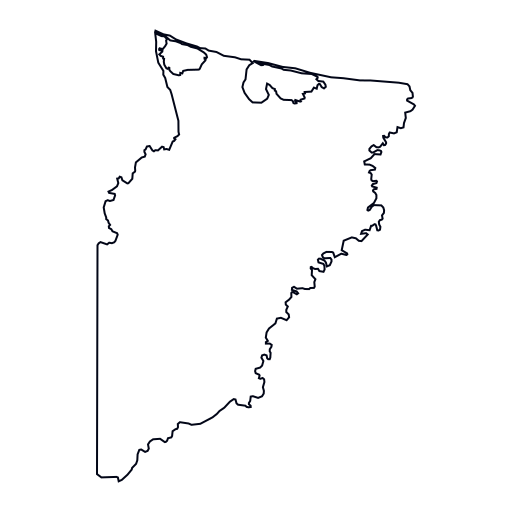 the district of Brus Laguna, Gracias a Dios, Honduras
{"feature_id": "27666195B63914214220022", "entity_name": "Brus Laguna", "entity_type": "district", "adm_level": 2, "iso_a3": "HND", "parent_name": "Honduras", "parent_adm1": "Gracias a Dios", "projection": "albers", "projection_center": [-84.625, 15.441], "detail": "fine", "context": "isolated", "style": "outline", "palette": "ink", "viewbox_px": 512, "rotation_deg": 0, "n_neighbors": 0, "source": "geoboundaries", "source_scale": "gbopen_adm2", "svg_char_len": 5976}
<svg xmlns="http://www.w3.org/2000/svg" viewBox="0 0 512 512"><path d="M97.5,245.2L97.0,474.1L101.4,477.4L116.5,476.9L117.9,477.5L118.7,481.3L121.8,479.9L127.5,474.7L131.7,469.6L132.1,467.9L136.1,463.8L137.3,460.3L137.6,454.3L139.3,449.9L141.2,449.5L145.1,451.9L147.6,450.9L148.8,448.6L148.0,444.4L149.9,441.5L153.1,439.3L160.1,438.8L164.8,442.1L165.8,441.9L167.1,440.7L168.0,438.2L171.3,437.4L172.1,436.0L172.6,431.2L175.5,429.2L177.2,428.8L178.0,427.1L177.8,424.0L179.9,422.2L188.6,423.5L191.5,424.8L200.3,423.8L212.6,417.3L217.0,413.8L219.5,411.0L224.3,407.7L229.9,401.7L233.7,399.1L235.5,399.5L236.5,403.3L238.0,404.7L245.4,405.7L246.6,406.9L248.5,407.3L250.7,407.0L250.6,405.7L248.9,404.2L248.9,403.0L250.2,400.9L250.7,396.6L252.9,396.2L258.1,397.9L262.0,396.3L263.7,393.6L263.9,390.9L262.9,387.2L264.4,382.0L264.1,379.3L262.6,378.0L260.3,378.8L258.9,378.2L259.6,375.5L259.2,374.7L255.7,373.2L255.1,371.1L255.7,368.8L260.1,367.6L262.1,365.6L263.4,361.0L261.4,357.7L262.1,355.4L264.3,354.6L266.6,355.4L267.2,358.3L268.2,359.2L269.7,359.2L270.3,357.6L270.6,352.8L269.7,351.3L269.8,349.2L271.4,346.8L271.7,344.9L269.8,343.6L265.9,343.6L265.9,342.1L267.8,340.9L265.8,337.6L266.6,332.4L269.0,328.5L275.4,323.4L276.9,318.6L280.9,317.8L286.6,320.2L289.1,317.3L288.7,314.4L286.3,312.1L286.3,309.8L287.8,306.5L285.8,304.6L285.6,302.3L289.1,299.6L291.4,297.0L291.3,293.0L291.9,292.2L293.1,292.2L296.8,294.3L298.1,293.3L296.6,291.4L291.9,289.9L292.1,287.8L294.0,286.8L296.9,288.7L302.5,288.2L304.9,289.0L309.1,289.1L310.3,288.0L314.0,287.9L314.7,286.6L314.3,282.1L315.4,279.2L311.7,275.2L312.0,270.0L310.7,268.5L310.8,267.1L311.6,266.9L312.8,268.1L315.1,269.0L318.0,268.8L319.4,271.1L323.5,271.8L324.6,269.5L324.4,265.8L323.4,263.9L318.5,262.4L317.9,259.7L318.9,258.7L320.4,258.7L324.5,260.6L325.9,262.5L326.9,266.4L329.8,265.2L331.5,261.5L331.5,259.6L330.3,258.0L324.3,258.3L322.8,257.2L322.0,255.0L323.3,253.5L326.4,251.9L332.0,252.0L333.2,252.6L334.8,257.2L341.3,253.7L346.4,255.0L347.3,254.4L347.1,253.4L341.7,250.2L343.7,240.7L351.8,237.4L355.9,238.3L358.8,240.8L361.5,241.1L367.7,234.5L366.1,233.2L361.1,233.8L362.0,231.1L365.1,229.7L369.6,230.2L371.1,225.8L372.2,225.8L374.5,224.2L375.5,224.4L376.1,225.7L377.3,230.3L378.5,230.5L380.0,229.7L380.4,226.8L379.2,224.5L378.8,221.8L379.9,220.1L381.7,219.7L382.6,218.7L382.0,215.4L383.9,212.9L384.1,210.2L383.3,207.5L381.3,205.4L374.0,205.1L371.8,206.7L369.7,210.0L368.2,210.6L367.4,210.0L368.0,207.5L373.9,203.0L376.4,198.3L376.4,195.0L375.2,192.9L373.2,191.4L373.0,190.4L373.8,189.3L376.5,188.9L376.7,187.7L372.2,186.4L371.8,185.6L372.8,184.1L376.4,183.1L377.0,181.5L376.4,180.8L372.9,181.2L371.6,180.4L371.2,179.1L371.7,174.6L370.7,173.1L369.0,172.5L369.7,170.8L370.7,170.2L374.9,169.6L375.3,168.0L372.6,165.9L369.5,164.6L364.8,164.5L364.2,161.4L370.8,158.2L374.5,154.1L380.5,154.5L381.4,152.0L381.0,151.0L379.7,150.4L377.4,150.1L373.3,152.4L371.7,152.6L369.4,150.5L369.4,148.9L371.5,146.4L373.7,145.1L376.4,147.2L378.5,147.4L380.1,146.8L382.8,143.3L383.9,145.2L385.1,145.0L386.1,143.5L386.1,142.3L383.3,137.7L383.1,136.0L384.1,135.8L385.5,137.3L387.4,137.5L388.8,136.3L388.9,134.0L389.7,132.5L394.0,133.4L396.7,132.3L397.5,127.1L400.8,128.2L403.5,127.4L404.0,123.0L405.8,118.0L405.2,112.6L410.4,111.2L412.5,109.7L415.0,105.8L413.9,104.4L407.1,100.6L407.1,99.4L408.0,98.5L411.3,98.1L412.5,97.5L412.9,96.5L412.5,92.9L410.3,90.2L409.5,86.4L407.5,84.2L398.7,82.7L370.9,80.5L359.9,80.4L343.3,78.2L331.1,77.3L310.1,72.8L295.3,68.3L282.5,66.9L268.4,63.1L254.3,60.9L253.9,61.3L261.1,65.2L262.2,65.1L260.5,63.4L269.4,65.0L272.1,66.5L281.5,68.5L283.7,69.8L290.7,70.5L301.7,73.3L311.7,74.0L317.5,76.8L317.7,77.8L316.4,79.2L318.3,81.0L323.3,81.6L325.4,84.7L325.8,86.8L324.0,88.4L321.7,87.1L319.9,84.1L319.0,83.8L317.5,85.2L316.7,88.7L313.9,87.6L311.4,91.6L304.7,92.0L305.0,93.4L302.9,93.9L304.7,97.5L304.5,98.5L300.6,99.7L300.3,100.7L300.8,101.4L300.2,101.6L295.3,100.0L295.0,100.9L296.6,102.4L296.6,103.2L294.6,103.5L293.5,103.1L292.7,101.0L291.5,100.1L283.6,99.8L280.6,98.4L276.5,93.8L276.1,91.3L274.8,90.6L274.9,89.1L272.4,88.1L269.7,85.0L267.1,83.6L266.0,89.1L268.8,94.9L267.2,98.7L261.4,102.7L252.6,102.4L249.1,99.2L244.6,92.9L242.4,87.1L243.5,82.4L245.5,79.4L246.6,69.4L249.3,65.2L252.7,63.1L249.5,59.7L241.1,59.3L235.0,57.3L223.8,55.8L216.5,52.0L208.7,50.6L205.4,48.5L200.0,48.1L197.0,46.5L186.5,43.4L175.9,39.4L169.9,35.6L163.4,34.3L155.5,30.7L155.2,32.1L165.3,36.2L170.2,40.4L175.8,41.3L180.9,43.2L182.0,44.1L187.6,45.1L190.8,46.8L197.4,48.5L203.8,52.4L206.2,54.6L207.0,57.2L206.4,58.0L204.5,57.8L204.5,58.8L205.6,59.6L205.4,60.4L201.8,64.3L199.7,68.9L198.8,69.6L187.6,69.9L183.2,70.9L182.3,73.4L180.3,72.9L180.2,75.0L178.8,75.3L173.3,74.0L170.3,71.2L169.4,69.9L169.3,67.8L168.7,67.6L167.6,68.8L166.4,68.3L164.3,64.7L163.8,61.7L164.1,58.8L163.1,58.5L163.1,56.7L160.7,55.9L159.3,54.4L162.3,51.6L162.4,50.7L159.3,50.1L159.1,49.1L159.6,48.3L162.7,49.1L165.1,46.2L166.6,43.6L166.1,40.6L167.0,39.1L164.4,36.3L161.5,36.1L155.2,33.2L156.2,41.9L156.0,51.3L158.3,62.7L163.4,70.9L163.3,74.7L165.2,78.0L167.4,87.0L170.2,89.9L171.6,94.2L178.4,120.8L178.5,131.8L179.1,134.5L177.5,136.1L174.2,137.8L174.2,138.6L175.4,139.3L174.2,140.9L172.7,141.5L169.2,149.8L166.5,149.0L164.2,149.4L163.6,147.1L162.0,146.7L158.0,150.4L155.3,150.2L153.9,151.3L152.4,150.4L149.6,146.0L146.9,146.5L145.6,149.4L144.4,150.2L144.4,151.9L145.6,154.3L144.8,156.6L141.7,157.5L135.9,162.4L135.0,167.4L135.2,170.7L135.0,171.6L132.7,173.4L132.3,178.8L128.4,183.2L127.3,183.4L122.4,180.3L121.4,177.3L119.7,176.7L118.7,178.4L117.2,178.6L118.3,183.1L117.0,186.3L112.0,190.0L108.5,191.6L109.1,192.9L114.7,193.9L115.1,195.4L113.5,200.0L109.9,201.0L107.7,200.2L105.6,201.2L103.7,207.4L104.7,213.4L106.2,217.4L106.2,219.1L108.0,220.5L108.6,222.8L110.1,224.9L108.8,226.3L109.0,228.0L111.3,229.2L112.5,231.3L117.1,233.2L117.7,234.7L115.4,240.9L114.2,242.3L111.9,243.2L109.2,242.7L107.1,244.4L100.5,242.1L98.7,243.3L97.5,245.2Z" fill="none" stroke="#020617" stroke-width="2"/></svg>